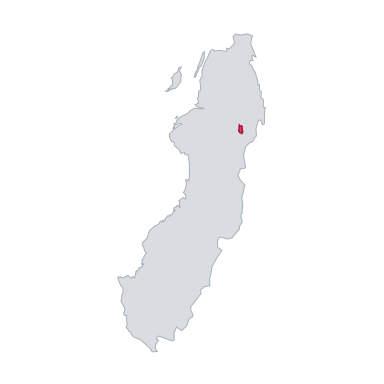 location of Grums, Värmland, Sweden, rotated 186°
{"feature_id": "70781695B11595834980673", "entity_name": "Grums", "entity_type": "district", "adm_level": 2, "iso_a3": "SWE", "parent_name": "Sweden", "parent_adm1": "Värmland", "projection": "orthographic", "projection_center": [13.042, 59.403], "detail": "fine", "context": "in_parent", "style": "filled", "palette": "rose", "viewbox_px": 384, "rotation_deg": 186, "n_neighbors": 0, "source": "geoboundaries", "source_scale": "gbopen_adm2", "svg_char_len": 4385}
<svg xmlns="http://www.w3.org/2000/svg" viewBox="0 0 384 384"><g transform="rotate(186 192 192)"><path d="M129.9,267.7L130.9,270.7L133.0,270.3L133.9,268.2L135.0,261.8L133.8,254.6L135.6,252.2L136.9,248.3L139.7,247.1L143.5,242.6L143.9,237.9L144.8,234.5L141.7,224.0L141.5,221.4L146.2,220.1L148.2,213.2L145.0,208.7L140.1,204.4L141.9,191.1L139.9,183.8L140.3,180.8L140.0,176.1L141.2,174.2L139.0,167.3L141.3,162.6L140.9,160.2L147.5,150.7L151.7,148.9L159.6,150.3L161.4,146.5L161.4,144.5L160.6,139.7L156.2,137.0L160.8,128.3L164.2,119.9L164.7,111.8L165.5,108.3L164.4,100.5L169.1,99.4L173.2,96.0L172.5,91.8L181.0,78.1L181.2,75.8L180.4,73.5L178.0,69.6L178.5,67.7L180.8,66.5L181.9,64.6L183.3,58.3L187.8,53.1L193.2,56.0L195.1,50.4L194.3,42.7L196.1,41.8L210.3,45.3L212.3,42.3L209.8,41.0L211.8,37.7L212.2,35.8L212.2,33.6L212.0,32.4L209.8,29.8L214.0,28.9L216.4,30.0L216.8,31.7L227.2,39.4L235.1,41.9L237.6,44.1L238.8,46.8L240.0,46.8L241.8,49.2L243.5,50.4L242.6,52.4L243.3,56.5L244.0,58.4L243.9,62.1L246.5,62.5L247.3,64.6L246.3,67.0L246.9,69.4L251.3,76.3L250.9,78.8L251.1,81.9L250.0,84.3L250.2,86.7L250.9,89.6L251.6,91.0L253.3,91.7L257.0,99.3L254.6,100.2L252.5,99.5L248.2,101.1L247.3,102.5L243.4,99.9L241.7,101.9L240.1,100.5L239.4,103.3L239.6,106.9L238.0,106.8L238.7,108.1L236.6,108.9L236.5,109.4L237.1,110.3L236.6,111.4L233.6,112.2L233.3,113.4L234.4,114.7L234.5,115.6L232.4,114.5L234.0,116.9L234.6,118.8L231.2,126.7L232.9,128.5L234.6,132.6L236.1,134.3L235.8,136.3L231.9,141.6L230.2,149.2L225.0,154.6L222.1,156.2L220.4,159.8L218.0,159.0L218.1,161.0L216.5,159.9L215.6,163.0L213.7,165.8L211.4,165.5L211.1,166.0L211.9,166.7L209.3,167.6L208.7,170.4L206.8,171.3L206.5,172.1L208.6,172.1L208.3,174.4L206.1,175.6L205.4,177.1L204.4,177.2L204.5,176.1L203.0,176.2L202.4,175.0L202.1,175.4L203.4,178.9L202.8,180.4L204.3,181.7L200.3,185.5L197.7,184.3L197.4,185.4L198.1,188.4L200.6,190.6L199.3,192.3L198.3,199.5L199.6,203.7L196.5,202.9L196.8,204.5L196.0,206.5L196.6,209.2L196.4,211.1L197.2,212.7L196.8,213.5L197.8,221.1L198.8,224.4L198.7,227.0L200.0,228.4L202.8,228.5L203.7,230.6L207.0,229.1L209.7,233.2L214.6,236.5L214.6,238.9L217.7,240.3L219.7,243.4L220.6,246.1L220.5,247.7L216.2,252.6L212.9,256.0L209.3,258.1L209.5,258.8L211.4,259.0L215.7,256.4L217.2,258.2L214.8,259.3L214.5,261.9L213.6,263.7L204.0,270.3L202.7,272.3L198.4,275.5L190.3,275.7L189.0,276.4L196.2,277.3L198.0,279.4L194.7,280.9L196.4,286.0L195.6,287.4L195.9,293.1L194.6,293.3L194.3,295.7L195.2,301.4L195.9,303.0L195.7,304.6L193.9,308.6L194.8,313.3L192.9,321.8L190.6,326.9L188.9,333.5L186.7,335.9L184.0,334.6L180.1,335.6L172.9,335.5L172.1,336.2L172.7,338.6L170.1,338.3L165.6,343.5L165.5,345.9L167.4,350.6L165.2,353.7L160.3,353.1L153.8,355.1L147.9,353.5L148.7,351.9L149.1,345.6L142.5,332.8L145.6,334.1L146.9,333.4L145.0,329.2L147.6,329.0L148.4,327.5L148.0,325.1L145.8,324.0L144.0,320.2L142.0,318.2L138.6,310.6L137.5,305.4L136.3,305.9L135.3,299.9L133.5,298.9L133.3,292.9L131.3,292.2L130.2,289.4L130.1,284.1L127.8,283.4L128.2,280.9L127.6,271.6L127.0,268.7L127.6,266.6L128.8,266.4L129.9,267.7ZM225.8,292.9L224.9,293.5L224.4,295.2L222.8,296.2L223.0,301.5L224.6,303.3L223.1,304.4L222.3,307.2L219.6,309.3L218.6,311.2L218.2,313.8L215.8,315.4L217.3,311.4L214.7,307.2L215.1,305.5L214.6,300.4L219.1,293.6L221.3,292.6L222.4,293.2L222.8,291.6L223.5,291.2L225.8,292.9ZM195.7,331.6L194.5,332.8L194.1,331.2L193.9,325.1L196.4,317.7L197.6,317.0L200.5,307.0L200.8,306.4L202.0,306.9L201.2,307.9L201.4,309.6L199.5,315.0L199.1,318.4L198.4,319.3L195.7,331.6ZM226.7,290.7L226.6,292.2L225.2,291.1L226.3,289.4L228.7,289.6L226.7,290.7ZM217.7,253.3L216.4,255.7L216.0,254.8L216.2,253.6L217.7,253.3ZM215.3,265.5L214.5,265.7L215.0,264.1L216.0,263.6L215.3,265.5Z" fill="#d9dde1" stroke="#a8b0b8" stroke-width="1"/><path d="M148.3,258.1L148.7,258.2L148.8,258.4L148.9,258.7L149.0,258.9L149.0,259.2L148.7,259.5L148.6,260.1L148.9,260.4L148.9,261.3L149.0,262.3L149.2,262.7L149.6,262.8L149.9,262.8L150.1,262.7L150.4,262.8L150.7,262.8L150.8,262.6L151.2,262.5L151.3,262.6L151.9,263.3L151.9,263.2L152.0,261.4L151.9,260.9L151.9,260.1L151.8,259.7L151.7,259.2L151.8,258.7L152.0,258.1L151.9,257.5L151.8,257.3L151.5,257.1L151.2,256.8L150.9,256.5L150.7,256.4L150.4,256.0L150.3,255.9L149.6,255.9L149.0,255.9L149.0,255.2L149.0,255.3L148.5,255.3L148.4,255.7L148.3,256.4L148.0,256.8L147.8,257.2L147.8,257.5L148.1,257.8L148.3,258.0L148.3,258.1Z" fill="#f43f5e" stroke="#9f1239" stroke-width="1.5"/></g></svg>